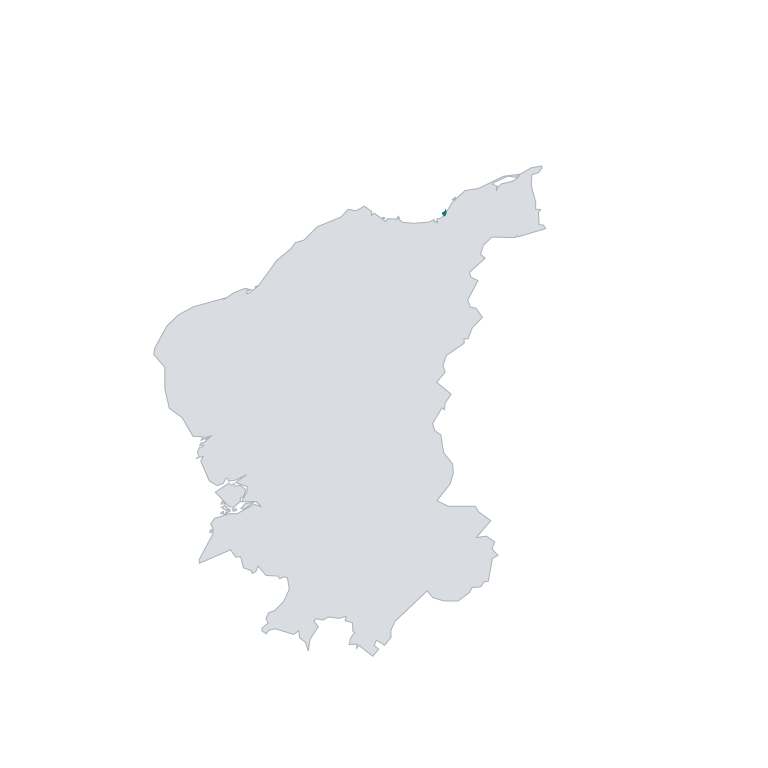 São Francisco do Sul, Santa Catarina, Brazil shown in context, rotated 219°
{"feature_id": "56859067B10973410912110", "entity_name": "São Francisco do Sul", "entity_type": "district", "adm_level": 2, "iso_a3": "BRA", "parent_name": "Brazil", "parent_adm1": "Santa Catarina", "projection": "equal_earth", "projection_center": [-48.617, -26.291], "detail": "fine", "context": "in_parent", "style": "filled", "palette": "teal", "viewbox_px": 768, "rotation_deg": 219, "n_neighbors": 0, "source": "geoboundaries", "source_scale": "gbopen_adm2", "svg_char_len": 4582}
<svg xmlns="http://www.w3.org/2000/svg" viewBox="0 0 768 768"><g transform="rotate(219 384 384)"><path d="M252.6,172.2L258.2,178.6L265.2,175.6L267.3,179.7L271.2,173.8L280.7,167.8L282.8,162.2L288.9,159.0L289.3,155.4L282.4,154.1L280.7,138.7L274.8,129.0L282.8,133.9L290.0,133.7L295.0,138.6L296.5,132.6L314.5,125.3L318.5,120.3L318.3,115.6L323.6,115.4L325.2,117.6L323.5,125.3L328.2,127.5L329.7,133.8L326.5,138.7L325.0,151.4L328.4,164.8L336.9,172.5L340.5,171.3L342.4,167.0L345.6,168.0L355.2,161.0L367.3,163.2L365.5,157.5L367.4,153.8L369.8,155.4L377.7,152.7L386.6,159.5L390.4,156.2L398.9,158.6L414.7,128.4L417.2,131.6L422.5,159.3L425.2,163.6L430.5,166.0L431.1,173.0L422.1,186.4L416.5,190.7L409.2,208.9L402.0,211.5L409.6,212.0L420.6,202.8L422.8,214.5L425.8,218.1L437.2,214.0L433.9,227.1L438.3,216.7L443.6,210.6L446.2,212.4L447.4,210.5L446.3,205.7L449.8,200.0L458.7,198.7L477.8,208.7L479.1,213.8L481.8,210.3L486.3,214.2L487.4,218.6L485.1,221.6L486.1,223.1L488.5,220.2L489.1,223.0L486.9,226.0L485.5,234.9L488.5,231.2L490.7,224.5L491.1,229.3L499.6,223.2L519.6,230.8L535.5,230.0L551.1,242.1L564.7,259.0L581.7,262.1L584.9,268.3L589.2,292.6L587.3,308.4L580.6,324.3L561.8,350.5L561.8,348.4L558.2,360.2L552.4,370.6L549.7,372.2L547.7,367.6L546.0,369.9L543.4,381.0L545.1,412.7L541.4,430.9L541.8,438.2L536.6,445.7L534.9,463.9L522.5,486.7L521.8,497.1L514.6,501.3L511.1,510.0L501.8,510.2L499.9,506.9L499.1,510.6L484.8,511.4L485.5,514.4L476.4,521.5L471.2,521.4L462.2,527.4L450.9,538.2L448.7,543.3L446.7,541.3L446.0,543.6L443.4,542.6L446.7,545.7L444.1,549.0L443.3,554.7L445.2,567.0L442.8,585.3L433.4,595.7L422.0,620.5L411.2,631.7L411.0,628.0L418.6,623.4L425.3,609.8L425.4,607.4L420.9,608.9L418.2,604.6L419.6,608.9L418.4,613.9L411.8,622.2L409.7,628.7L410.4,632.3L405.5,644.9L398.7,652.6L397.1,651.5L397.0,645.3L400.8,639.7L394.5,630.9L380.5,620.8L376.1,615.2L372.3,618.2L371.8,614.3L363.8,605.5L360.1,607.8L356.2,606.6L372.5,582.6L374.5,582.8L374.1,580.4L392.6,566.1L394.1,554.1L390.5,545.4L384.5,545.4L387.9,524.8L384.0,521.7L376.0,523.5L371.8,501.9L365.1,498.1L360.2,500.8L349.5,497.7L350.8,483.4L347.2,472.0L350.2,469.5L347.4,466.3L353.5,445.2L349.8,435.5L344.0,431.7L344.2,418.5L325.4,418.3L324.5,407.4L320.8,402.1L324.0,401.9L321.3,383.8L315.3,379.7L307.9,380.2L294.4,368.2L280.3,365.0L274.2,358.5L269.8,348.3L269.4,326.7L257.1,329.4L236.1,346.4L229.8,344.2L215.0,345.0L215.6,322.9L208.5,330.3L198.6,330.8L196.4,323.9L187.7,322.5L190.0,316.6L178.8,296.4L181.7,292.9L181.2,287.2L187.5,281.0L186.4,275.8L189.9,262.0L200.7,253.3L211.6,248.6L220.3,250.4L226.1,206.4L223.6,196.7L219.0,191.5L219.2,181.3L228.7,180.2L227.0,174.6L221.3,174.5L221.4,165.3L239.0,165.2L238.8,161.4L241.5,164.7L247.1,159.5L250.1,165.4L250.4,172.7L252.6,172.2ZM427.4,191.2L446.9,193.7L442.3,209.2L438.7,209.5L438.1,212.2L435.2,210.9L432.1,214.9L424.7,214.8L422.0,207.1L424.0,205.1L421.7,202.3L423.2,193.4L427.4,191.2ZM410.8,209.8L413.8,198.7L416.8,197.2L416.6,204.0L410.8,209.8ZM432.8,185.7L430.9,189.8L426.5,188.9L427.2,186.2L432.8,185.7ZM426.1,181.1L425.4,189.6L423.5,188.7L426.1,181.1ZM435.9,191.1L433.1,191.5L431.8,190.8L435.2,188.3L435.9,191.1ZM423.2,191.4L420.3,194.1L419.1,192.7L421.2,190.2L423.2,191.4ZM428.4,183.9L427.1,182.2L429.4,180.5L429.6,182.1L428.4,183.9ZM426.9,162.1L425.2,162.5L424.9,159.4L426.4,159.2L426.9,162.1ZM445.9,574.6L445.3,572.1L446.6,569.8L446.9,570.4L445.9,574.6ZM478.0,520.5L478.4,523.4L476.5,522.8L478.0,520.5ZM444.9,556.5L444.1,555.0L445.3,553.4L445.8,554.0L444.9,556.5ZM488.0,229.3L486.8,232.5L488.0,228.0L488.0,229.3ZM548.6,372.7L546.6,373.6L547.9,371.1L548.6,372.7ZM489.9,512.6L488.0,513.5L487.6,513.0L488.8,511.7L489.9,512.6ZM545.3,378.4L544.6,380.1L544.1,379.0L545.3,378.4ZM482.8,207.5L482.9,209.2L482.4,209.0L482.8,207.5Z" fill="#d9dde1" stroke="#a8b0b8" stroke-width="1"/><path d="M444.1,555.9L444.2,556.0L444.3,556.0L444.5,556.2L444.5,556.3L444.6,556.5L444.5,556.8L444.5,557.0L444.8,557.2L444.7,557.0L444.7,556.9L444.8,556.8L444.8,556.7L444.9,556.4L444.9,556.2L445.0,556.2L445.1,555.9L445.1,555.7L445.2,555.4L445.3,555.3L445.3,555.2L445.4,554.9L445.5,554.8L445.5,554.7L445.6,554.4L445.7,554.2L445.8,554.1L445.7,554.0L445.5,553.9L445.5,553.7L445.5,553.4L445.4,553.3L445.2,553.4L445.0,553.5L444.9,553.5L444.7,553.7L444.6,553.8L444.5,553.7L444.4,553.7L444.5,553.6L443.3,552.8L443.2,552.8L443.0,553.0L442.9,553.1L443.0,553.3L443.1,553.5L443.2,553.8L443.1,554.0L443.3,554.4L443.3,554.6L443.3,554.9L443.4,555.0L443.5,555.1L443.5,555.3L443.5,555.5L443.8,555.7L443.9,555.8L444.0,555.8L444.1,555.9ZM445.9,553.4L445.9,553.5L445.9,553.4Z" fill="#14b8a6" stroke="#0f766e" stroke-width="1.5"/></g></svg>